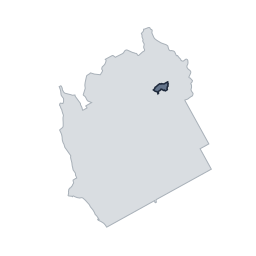 location of Al Fasher, North Darfur, Sudan, rotated 151°
{"feature_id": "16777658B96521919713520", "entity_name": "Al Fasher", "entity_type": "district", "adm_level": 2, "iso_a3": "SDN", "parent_name": "Sudan", "parent_adm1": "North Darfur", "projection": "robinson", "projection_center": [25.322, 13.818], "detail": "fine", "context": "in_parent", "style": "filled", "palette": "slate", "viewbox_px": 256, "rotation_deg": 151, "n_neighbors": 0, "source": "geoboundaries", "source_scale": "gbopen_adm2", "svg_char_len": 4553}
<svg xmlns="http://www.w3.org/2000/svg" viewBox="0 0 256 256"><g transform="rotate(151 128 128)"><path d="M168.2,197.5L166.3,197.5L166.1,197.0L166.1,195.6L166.3,194.5L167.0,192.8L166.8,191.9L166.9,190.6L166.4,189.1L161.8,184.8L160.8,183.6L158.4,182.6L158.8,181.3L157.7,172.5L158.2,171.5L158.3,170.0L158.3,168.6L158.9,166.4L159.0,165.4L154.1,165.4L154.0,166.3L154.3,167.4L154.2,167.8L147.5,167.9L150.2,171.3L150.3,172.8L150.2,174.7L150.2,175.9L150.4,176.7L151.1,178.3L151.1,178.6L150.9,178.9L146.1,183.5L145.3,185.7L144.7,186.8L143.3,188.7L139.0,193.6L138.2,193.9L134.9,194.1L134.6,194.2L134.3,194.4L134.1,194.4L131.3,191.5L126.4,188.0L123.2,189.8L122.4,190.5L122.4,192.2L121.9,193.0L121.0,193.9L118.7,194.5L117.4,195.0L116.0,196.0L114.5,197.5L114.4,198.3L114.6,199.1L106.5,199.0L105.9,198.5L104.7,195.9L103.9,196.0L96.5,195.7L95.4,196.0L93.3,197.1L92.2,197.2L91.1,196.8L87.2,191.6L86.4,191.0L85.5,189.8L84.7,189.3L84.4,188.9L84.3,188.3L84.3,187.2L84.0,186.5L83.4,186.3L78.2,187.5L77.4,187.4L76.3,187.6L75.9,187.8L75.5,188.5L75.4,189.9L75.3,190.6L74.9,191.4L73.4,193.1L73.1,193.9L73.1,195.8L73.0,196.7L72.8,197.2L72.1,197.9L71.9,198.3L71.6,200.8L70.8,202.3L70.6,202.8L70.6,203.9L70.5,204.2L68.1,205.0L67.2,205.6L66.6,206.4L66.5,206.8L65.5,206.5L64.2,206.3L61.7,206.0L60.7,205.6L60.3,205.0L60.4,203.5L60.2,203.2L59.8,203.0L59.5,202.3L59.6,201.5L60.9,199.8L61.1,198.9L61.5,194.6L61.4,193.3L60.4,190.9L58.0,186.7L57.4,185.9L54.4,182.5L54.1,182.0L53.4,180.5L54.2,177.4L54.2,176.5L54.0,175.6L53.3,174.9L52.6,174.8L51.7,174.0L51.2,173.6L50.6,172.9L50.3,171.8L50.6,168.1L50.4,167.6L49.6,167.4L49.5,167.2L49.5,166.5L49.1,164.3L48.6,162.6L48.9,161.6L48.2,160.3L47.0,159.7L44.7,160.1L43.9,160.1L43.4,159.8L43.1,159.3L42.9,158.8L43.0,157.9L43.7,156.3L44.6,155.0L46.3,153.8L46.7,153.2L47.0,152.5L47.0,151.7L46.9,150.8L46.7,150.1L46.2,149.0L45.8,147.8L45.8,147.0L46.0,146.4L46.5,145.7L48.2,144.4L49.9,143.2L50.2,142.8L50.1,142.3L49.3,141.4L49.0,139.6L48.6,138.3L49.5,137.3L50.1,137.0L51.2,136.7L51.6,136.3L51.7,135.5L51.6,134.8L52.0,134.2L52.5,133.1L52.9,132.5L54.2,131.2L54.5,130.3L54.6,129.4L54.3,126.8L55.0,125.8L56.0,124.9L57.4,124.9L59.6,124.7L61.1,124.4L62.1,124.4L64.6,124.9L64.8,124.7L64.9,124.0L65.0,74.9L75.0,74.9L75.1,51.6L137.8,51.7L138.3,51.6L139.2,49.4L139.7,49.2L140.3,49.4L140.5,49.9L140.0,51.6L194.7,51.6L194.9,54.3L195.4,56.4L197.0,59.4L198.3,61.1L198.8,62.0L198.9,62.4L198.8,62.8L198.4,62.3L197.7,62.0L197.7,63.4L198.0,66.3L198.6,68.4L198.3,70.3L198.4,73.5L199.1,77.3L199.0,79.7L200.3,85.4L201.4,88.6L202.1,89.4L202.8,89.8L204.1,90.1L206.1,91.7L207.6,93.4L208.2,94.3L208.9,95.2L209.5,95.1L209.8,94.8L210.3,95.6L212.8,97.3L213.1,98.1L212.3,98.9L211.3,100.2L210.8,101.4L210.5,101.8L209.7,102.6L209.6,103.0L209.3,103.2L208.9,103.2L208.1,103.7L207.3,103.5L206.5,103.8L206.3,104.0L205.7,104.3L204.9,104.4L203.6,105.5L202.5,106.0L202.1,106.4L201.6,108.5L201.2,109.1L199.5,109.1L198.7,109.3L197.6,109.1L197.1,109.1L197.0,109.5L196.8,111.3L196.8,112.1L195.9,114.1L196.3,118.0L195.4,120.8L195.3,121.5L194.4,123.8L194.0,124.6L192.9,128.8L192.5,130.1L191.5,131.5L192.6,141.7L191.9,144.8L191.9,146.5L191.4,149.0L190.9,150.2L190.2,151.6L189.6,153.2L189.1,155.2L188.8,159.2L188.6,159.5L185.7,160.0L184.7,160.3L184.1,160.7L183.4,161.7L181.9,164.5L181.1,166.2L179.9,168.5L178.5,170.1L178.2,170.9L178.0,172.4L177.5,174.7L177.0,176.4L177.1,177.7L176.7,180.0L176.8,181.2L176.3,181.8L175.6,182.4L175.2,182.6L173.1,181.0L171.7,182.1L170.8,183.6L170.1,185.1L170.5,188.3L170.5,189.0L170.3,189.8L169.0,192.9L168.6,194.4L168.2,196.9L168.2,197.5Z" fill="#d9dde1" stroke="#a8b0b8" stroke-width="1"/><path d="M87.3,148.9L86.7,147.5L86.5,147.1L86.4,146.9L85.7,146.3L85.2,145.9L84.9,145.3L85.0,144.6L85.2,143.4L84.4,143.6L84.2,144.4L83.6,145.3L82.2,145.3L81.7,145.3L80.6,146.0L79.7,145.6L79.8,145.2L79.5,144.8L79.2,144.7L78.9,144.2L78.9,143.9L78.7,143.6L78.4,143.4L77.9,143.2L77.8,143.3L77.6,142.8L77.5,142.7L77.4,142.4L76.9,142.3L76.4,142.4L75.5,142.4L75.0,142.5L74.8,142.8L74.7,143.6L74.6,143.9L74.4,144.0L74.0,144.3L73.9,144.7L73.7,145.0L72.9,145.1L72.6,145.3L72.4,145.8L72.4,146.3L72.1,146.7L71.4,147.0L71.4,147.3L71.4,147.5L71.4,147.8L70.9,149.1L71.5,149.2L71.9,149.1L72.7,149.0L72.9,149.1L73.6,149.2L74.3,149.0L74.5,149.0L74.8,149.0L75.3,149.2L76.4,149.9L76.8,150.1L77.0,150.5L77.7,150.4L78.0,150.4L78.1,150.5L78.3,150.9L78.5,151.2L79.0,151.3L80.1,151.2L80.7,151.1L80.8,151.1L82.6,150.7L83.7,150.4L83.9,150.5L84.3,150.5L84.7,150.4L85.2,149.9L85.4,149.5L86.1,149.3L86.6,149.2L86.9,149.0L87.2,148.9L87.3,148.9Z" fill="#64748b" stroke="#1e293b" stroke-width="1.5"/></g></svg>